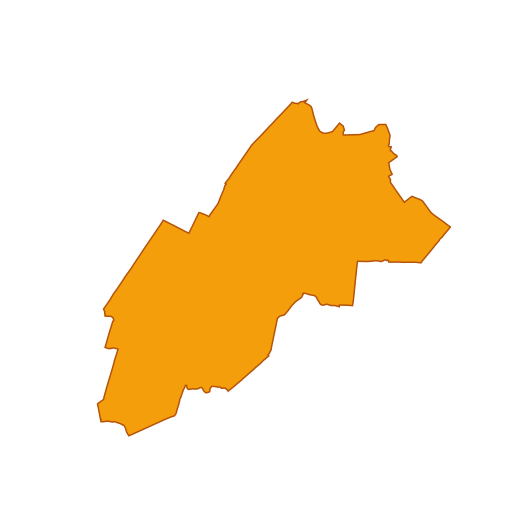 Bucsani, Giurgiu, Romania, rotated 344°
{"feature_id": "2599482B97241972850799", "entity_name": "Bucsani", "entity_type": "district", "adm_level": 2, "iso_a3": "ROU", "parent_name": "Romania", "parent_adm1": "Giurgiu", "projection": "robinson", "projection_center": [25.651, 44.361], "detail": "fine", "context": "isolated", "style": "filled", "palette": "amber", "viewbox_px": 512, "rotation_deg": 344, "n_neighbors": 0, "source": "geoboundaries", "source_scale": "gbopen_adm2", "svg_char_len": 6024}
<svg xmlns="http://www.w3.org/2000/svg" viewBox="0 0 512 512"><g transform="rotate(344 256 256)"><path d="M191.9,378.2L197.8,375.8L201.3,374.2L203.6,373.2L208.1,371.2L209.2,370.5L211.5,369.5L215.8,367.4L220.0,365.5L220.9,365.1L225.0,363.0L231.2,360.2L232.3,359.5L234.6,358.3L237.3,357.2L238.3,356.6L240.7,355.6L240.5,355.3L240.3,354.2L241.8,353.4L242.2,353.0L243.4,351.6L244.0,351.1L244.2,350.8L244.5,350.6L245.8,347.8L259.5,321.7L262.5,320.4L263.0,320.3L266.0,320.5L266.9,320.4L267.5,320.2L271.7,317.4L277.1,313.3L280.4,311.4L280.5,311.3L281.8,310.7L284.2,309.8L287.1,308.9L288.2,308.3L288.7,307.9L290.5,306.0L290.9,305.5L291.0,305.2L290.8,305.1L291.1,304.8L291.9,305.0L293.1,305.5L294.5,306.4L295.5,307.1L296.4,307.7L300.2,309.6L300.8,310.0L302.0,311.0L302.3,311.4L302.6,312.0L302.9,313.0L302.9,313.9L303.1,314.8L303.4,315.9L304.0,317.3L304.3,319.1L304.5,319.7L304.7,320.2L305.4,321.0L306.1,321.4L306.7,321.7L307.6,321.8L309.0,321.9L309.7,321.7L310.2,321.8L311.3,322.1L311.8,322.4L312.6,323.1L313.5,323.7L314.9,324.4L316.4,324.9L317.2,325.0L318.0,325.3L318.9,325.8L322.0,327.7L322.7,326.1L331.1,328.8L335.1,330.3L336.9,326.6L339.7,319.7L343.3,310.6L343.6,310.2L344.2,308.2L346.0,303.9L346.0,303.7L346.4,302.9L347.6,300.1L348.3,298.1L352.1,289.0L356.6,290.5L361.6,292.0L365.3,292.8L366.2,293.0L367.7,293.0L371.2,294.0L372.0,294.3L373.6,295.3L374.5,295.7L375.7,295.8L376.3,295.8L377.7,295.4L379.7,295.4L380.5,296.6L381.3,296.4L381.6,296.4L382.0,296.7L382.2,297.3L382.2,297.7L382.0,298.4L385.0,299.4L389.3,300.5L392.1,301.3L395.7,302.6L401.7,304.3L405.2,305.3L408.6,306.3L410.0,307.0L412.4,307.9L412.8,308.0L414.3,306.7L415.9,305.6L419.2,303.4L427.8,297.5L431.1,295.1L433.8,293.3L435.6,292.1L436.2,291.8L436.8,291.2L437.3,290.5L437.7,290.2L439.3,289.5L440.2,289.2L441.6,288.0L449.2,282.9L450.6,281.9L450.8,281.5L449.3,279.8L448.2,278.3L446.3,275.7L444.1,272.8L439.3,266.9L437.7,264.8L437.1,263.9L436.1,262.1L434.9,259.2L434.0,256.5L432.0,251.0L431.7,250.1L430.9,248.5L428.5,246.3L426.6,245.0L423.3,242.4L422.4,241.6L413.4,245.2L408.5,231.2L405.5,222.1L405.5,221.8L405.6,221.6L406.2,220.3L406.3,220.0L406.3,219.6L406.2,218.9L405.4,216.5L405.5,216.0L405.8,215.8L409.2,215.1L409.4,214.9L409.4,214.5L408.7,210.6L408.6,209.3L409.0,205.9L409.2,204.2L409.2,202.9L417.6,200.0L418.9,199.5L419.2,199.2L418.7,197.8L417.5,196.7L416.7,195.6L416.0,194.4L415.0,192.3L414.4,191.9L414.7,191.6L414.5,191.2L414.5,190.6L414.6,190.3L415.9,188.8L416.1,188.3L415.8,188.1L415.3,188.1L415.2,188.1L414.9,187.9L414.2,187.6L413.9,187.3L413.7,186.7L413.7,186.1L414.4,185.7L414.8,185.2L416.2,181.5L416.6,180.2L416.9,179.5L417.3,179.2L418.1,176.8L418.0,174.9L417.5,169.0L417.0,165.3L410.2,163.5L406.3,165.4L404.5,167.5L404.1,168.0L401.7,167.9L389.2,167.9L373.4,163.8L373.4,162.3L374.2,160.7L375.7,159.3L375.7,158.8L375.6,155.1L372.9,151.3L363.8,157.5L359.4,157.5L357.0,157.3L354.3,156.3L352.8,154.8L351.7,153.6L350.7,149.5L350.4,146.7L350.1,137.6L350.4,129.6L350.1,127.4L348.7,125.5L345.0,122.0L346.2,121.2L346.9,120.9L347.8,120.1L346.0,120.4L345.5,120.3L343.7,120.5L342.6,120.2L341.7,120.1L339.4,120.7L338.2,121.3L337.3,120.5L334.7,119.6L334.2,118.9L333.4,118.3L333.1,118.2L332.9,118.2L332.6,118.4L332.1,118.9L331.3,119.5L330.5,120.0L329.6,120.4L328.7,121.1L327.5,121.7L326.0,122.6L319.1,126.7L314.3,129.4L308.1,133.2L304.7,135.1L292.6,142.4L288.1,144.9L283.1,147.8L282.6,148.1L269.8,158.6L263.5,163.8L260.9,166.1L258.6,167.8L253.6,171.9L251.7,173.8L249.8,175.1L249.3,175.3L248.6,176.0L246.4,177.6L247.0,178.3L247.2,178.7L246.7,179.0L245.9,179.4L245.6,179.6L244.9,180.8L244.0,181.9L243.8,182.6L243.6,183.0L240.4,186.8L238.1,189.7L236.5,191.8L235.9,192.8L235.2,193.3L234.9,193.9L233.9,195.1L232.3,196.5L228.6,199.4L225.9,201.5L222.9,203.9L221.9,205.3L218.5,202.3L214.3,199.1L213.1,198.5L197.8,215.6L194.1,212.3L187.5,206.0L176.7,196.0L173.0,199.4L170.4,201.6L167.3,204.1L163.8,207.1L157.1,212.6L148.3,220.0L147.7,220.6L145.1,222.7L136.2,230.3L132.3,233.7L126.7,238.1L123.0,241.1L121.8,242.3L113.7,249.1L109.1,252.7L107.9,253.7L106.4,255.2L104.9,256.5L104.1,257.4L94.8,265.0L95.2,267.6L94.7,269.7L94.7,270.0L94.8,270.2L95.0,270.3L94.9,270.8L94.5,271.3L94.4,271.6L94.3,271.9L94.4,272.2L99.9,274.0L101.5,275.8L101.5,276.0L101.5,276.9L101.7,277.8L101.7,278.3L101.7,278.5L101.3,278.8L100.4,279.3L98.7,281.8L97.6,283.5L97.0,284.6L95.7,286.3L94.9,287.7L94.2,288.7L93.5,289.8L85.7,302.3L87.1,303.3L89.0,304.5L90.8,304.9L93.7,305.0L97.7,307.4L97.2,308.3L93.5,314.0L91.5,316.8L89.9,319.7L87.2,324.1L76.5,340.8L71.1,349.6L69.9,351.9L62.9,354.4L62.6,358.2L61.9,366.2L61.5,369.6L61.9,369.7L62.0,369.9L61.8,370.5L61.4,371.3L61.2,372.4L61.7,372.8L62.5,372.8L62.9,373.0L63.5,373.2L67.7,373.8L69.3,374.6L70.1,374.8L71.5,375.7L72.5,376.2L72.9,376.2L73.6,376.0L74.4,376.4L75.0,376.5L76.6,377.9L77.1,378.1L77.7,378.6L79.6,379.9L80.7,381.0L80.8,381.2L80.9,381.4L82.1,382.1L82.3,382.3L82.7,383.4L82.9,384.3L83.1,385.6L83.0,386.7L83.1,389.5L83.4,390.7L83.6,391.2L83.6,391.9L84.1,393.0L84.2,393.5L84.3,393.8L123.5,388.0L128.7,387.4L133.8,387.1L134.1,386.7L135.0,386.0L136.3,384.7L136.9,383.2L137.4,382.6L137.7,382.1L139.1,380.0L139.5,379.1L140.5,377.9L141.7,375.7L142.6,374.3L142.8,373.9L142.9,373.3L143.2,372.8L145.1,370.7L145.7,369.6L148.1,366.3L149.1,364.8L150.9,363.0L151.5,362.4L152.5,360.9L153.1,361.0L153.3,361.1L153.6,361.4L153.6,361.9L153.4,363.0L153.4,363.9L153.5,364.5L153.7,365.0L153.9,365.3L154.5,365.7L155.3,365.9L157.4,366.0L158.4,366.2L160.7,367.1L162.9,367.6L164.6,367.5L165.3,367.2L165.9,367.1L166.9,367.2L167.3,367.4L167.5,367.5L167.8,368.1L168.0,368.5L168.2,369.2L168.6,371.2L168.9,371.9L169.6,373.1L170.0,373.5L170.3,373.7L170.6,373.8L171.4,373.9L172.1,373.8L173.5,373.8L174.1,373.6L174.5,373.1L174.8,371.6L175.0,371.2L175.8,370.3L176.1,370.1L177.3,369.3L177.7,369.2L179.9,369.8L180.7,370.3L181.7,370.6L183.0,371.5L185.2,371.9L185.5,372.2L185.7,372.5L185.8,372.8L186.0,373.3L186.3,373.6L188.2,374.1L189.0,374.2L190.1,374.7L190.6,375.2L190.8,376.1L191.5,376.7L191.7,377.1L191.9,377.4L191.9,378.2Z" fill="#f59e0b" stroke="#b45309" stroke-width="1.5"/></g></svg>